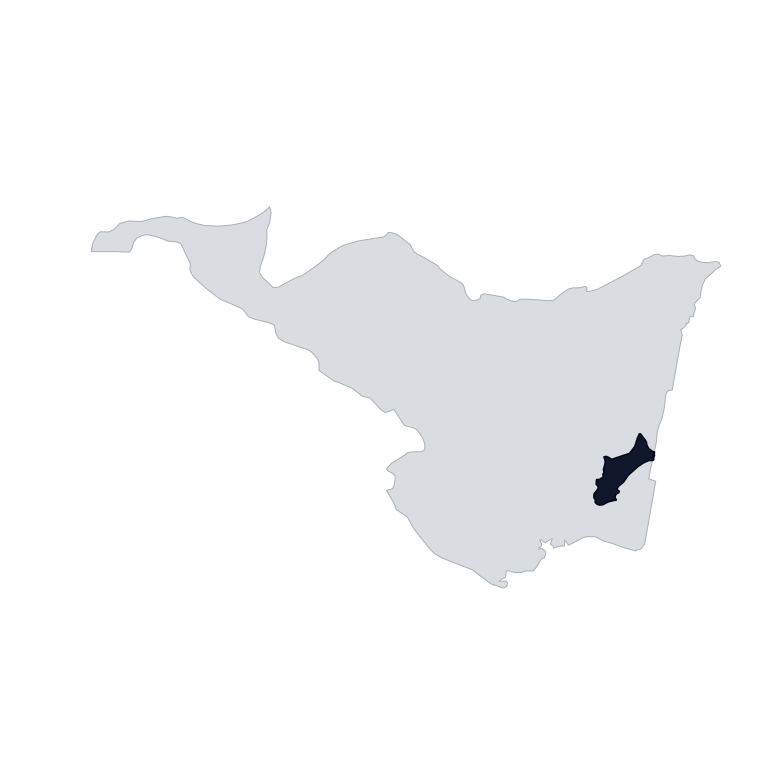 location of Mvila, Sud, Cameroon, rotated 280°
{"feature_id": "32672807B58704883317804", "entity_name": "Mvila", "entity_type": "district", "adm_level": 2, "iso_a3": "CMR", "parent_name": "Cameroon", "parent_adm1": "Sud", "projection": "natural_earth1", "projection_center": [11.499, 2.757], "detail": "fine", "context": "in_parent", "style": "filled", "palette": "ink", "viewbox_px": 768, "rotation_deg": 280, "n_neighbors": 0, "source": "geoboundaries", "source_scale": "gbopen_adm2", "svg_char_len": 5217}
<svg xmlns="http://www.w3.org/2000/svg" viewBox="0 0 768 768"><g transform="rotate(280 384 384)"><path d="M204.8,527.3L206.2,523.1L216.3,503.2L222.7,471.3L225.6,463.9L228.6,458.9L243.4,441.9L248.9,436.5L256.9,430.3L262.5,417.9L264.4,416.6L267.0,415.5L279.7,405.0L280.8,407.0L281.6,409.5L282.6,410.7L286.7,411.5L292.3,411.5L295.6,410.7L297.3,408.6L299.1,402.7L300.1,401.6L301.4,401.3L307.6,405.4L317.8,417.0L320.4,419.0L321.5,421.3L323.7,431.8L325.0,434.4L327.2,435.5L331.1,434.8L335.2,432.9L338.9,430.2L342.4,426.8L344.9,423.6L345.9,421.3L346.4,412.7L347.3,410.8L360.5,398.4L360.2,397.2L358.0,393.8L356.1,389.9L358.0,385.9L360.1,382.9L367.8,372.6L368.2,365.0L374.3,353.3L377.9,337.8L378.0,334.8L386.0,317.7L394.4,316.1L397.6,313.7L401.3,309.5L403.7,305.5L404.9,301.8L405.7,294.5L407.2,286.2L408.1,279.0L410.6,272.3L414.9,268.9L422.2,266.1L423.3,264.8L424.3,260.3L425.4,245.5L426.6,239.0L433.4,231.6L436.3,220.0L439.0,207.9L446.7,193.2L455.7,178.6L459.8,174.7L463.4,172.9L467.4,172.7L470.2,171.6L479.9,164.4L483.9,161.9L486.9,159.4L487.6,157.2L487.9,154.0L487.0,146.5L488.6,140.9L489.6,132.4L490.0,125.7L489.6,123.4L487.8,119.5L484.9,115.3L480.0,112.8L473.3,112.1L469.8,110.7L468.5,103.0L468.0,98.1L463.5,72.7L471.9,72.7L482.1,75.8L484.6,78.1L486.0,86.8L489.7,91.7L496.2,95.8L500.2,104.2L501.8,116.9L505.4,124.5L506.2,125.7L511.3,140.1L511.6,146.7L511.2,151.2L513.3,156.7L510.2,166.1L509.3,171.9L509.0,180.1L510.9,194.4L513.9,205.5L517.2,214.5L520.7,221.4L526.5,229.1L532.8,236.1L538.5,240.5L533.2,243.1L522.8,243.4L516.9,241.9L514.0,241.9L511.2,242.8L500.1,244.1L488.9,243.5L478.6,241.8L472.3,242.0L467.4,246.3L463.5,252.7L459.8,257.8L461.1,263.4L463.9,266.5L469.3,273.4L474.1,280.0L476.5,284.4L486.1,294.2L495.4,302.9L499.8,305.9L501.4,306.6L506.5,311.6L513.5,319.7L519.9,332.6L528.9,358.3L530.9,360.4L534.0,361.8L534.3,364.5L534.1,368.5L533.2,371.8L526.0,385.2L519.7,390.4L517.9,393.5L515.6,401.3L509.8,416.6L507.4,418.7L501.7,429.0L497.2,442.1L496.0,444.1L494.1,445.7L487.5,448.9L485.3,450.5L481.9,454.6L481.5,457.3L483.0,461.0L484.9,463.9L488.4,464.0L490.3,466.7L490.3,486.9L488.7,490.0L488.8,491.3L488.0,494.8L487.8,498.7L488.3,500.2L489.6,501.5L491.4,504.2L492.4,510.4L494.7,532.2L495.7,535.7L497.6,538.1L503.4,542.8L509.5,549.0L511.4,553.0L512.6,559.6L514.9,564.8L514.8,566.5L513.9,567.2L510.1,567.6L511.4,571.4L514.5,578.0L530.1,598.2L545.0,616.2L548.5,617.5L551.2,617.9L552.3,619.0L553.7,621.5L558.6,628.1L559.5,631.9L558.4,635.5L559.6,641.1L560.5,643.1L560.2,645.0L560.7,651.8L562.1,657.8L564.3,662.9L564.0,666.5L561.1,668.5L559.5,671.8L559.0,676.5L559.8,682.1L562.1,688.8L562.1,692.7L558.5,695.3L554.5,690.8L550.1,687.7L543.5,682.3L536.8,680.4L528.2,680.0L524.5,680.7L518.1,676.3L516.1,675.7L513.2,677.5L511.3,677.6L508.8,676.9L503.9,677.0L503.5,673.9L502.6,673.3L497.4,673.6L495.7,671.0L495.0,671.3L492.9,670.5L488.7,666.8L484.2,669.2L474.9,668.9L428.1,668.9L426.9,665.4L424.6,663.7L420.4,663.5L408.0,664.2L398.5,663.7L392.0,662.3L384.1,661.5L374.3,662.2L364.2,662.1L346.3,661.2L336.3,661.3L336.6,663.4L335.9,664.9L335.4,668.5L271.8,668.5L266.6,666.0L265.1,664.4L264.6,661.4L263.4,661.1L264.4,648.2L266.5,637.6L267.4,627.7L270.3,618.8L268.8,610.0L266.9,606.2L257.3,593.8L261.7,589.1L255.9,589.7L254.7,585.1L251.9,579.6L253.6,578.7L255.3,575.6L260.5,576.6L260.3,575.1L255.8,570.4L256.3,568.1L258.1,565.5L257.2,564.4L254.0,567.1L251.6,567.0L249.8,565.2L248.5,564.9L249.3,568.5L247.4,571.7L245.7,572.8L242.7,572.6L240.3,571.8L239.7,570.0L237.4,568.7L231.0,566.3L225.7,563.5L224.6,556.0L222.5,552.7L221.6,549.0L221.1,544.8L221.8,538.3L220.5,537.3L218.9,536.9L216.6,537.2L214.5,536.9L211.9,533.3L209.7,531.9L211.1,538.5L209.5,540.4L205.6,539.8L204.0,537.3L203.7,535.5L205.5,527.5L204.8,527.3Z" fill="#d9dde1" stroke="#a8b0b8" stroke-width="1"/><path d="M325.8,609.9L322.1,610.3L320.2,612.7L318.2,612.9L315.6,611.7L313.4,610.5L312.6,610.0L310.2,610.0L307.9,610.8L307.4,611.5L307.1,611.9L305.9,612.2L303.9,612.6L303.3,613.6L302.6,614.6L302.1,617.1L303.1,620.6L305.4,623.4L307.1,625.9L309.0,630.3L310.0,632.9L310.8,632.7L311.5,631.6L313.3,631.2L315.8,631.7L317.6,634.1L319.3,634.4L320.3,632.3L321.6,631.8L324.1,632.9L329.0,637.0L336.5,640.4L346.4,648.2L351.3,653.2L354.4,657.7L355.2,661.3L355.8,662.6L356.4,662.6L356.8,662.8L356.9,662.5L357.0,662.5L357.2,662.3L357.3,662.3L357.6,662.4L358.2,662.4L358.6,662.5L358.6,662.2L358.8,662.1L359.0,662.1L359.2,662.3L359.5,662.5L359.8,662.3L360.1,662.3L360.2,662.7L360.3,662.7L360.6,662.8L360.8,662.2L361.3,662.2L361.7,662.4L362.1,662.1L362.5,662.3L362.8,662.4L363.1,662.3L363.2,661.9L363.4,661.9L363.8,662.3L364.0,662.2L364.0,661.4L364.6,659.5L366.4,655.9L369.7,653.4L372.1,652.8L374.1,651.1L375.1,650.2L378.0,646.9L378.3,646.6L379.4,645.4L379.5,644.8L379.2,644.0L377.1,643.6L375.8,643.1L366.1,641.8L358.4,637.9L357.0,635.3L351.6,625.3L349.4,621.5L350.0,619.8L350.8,618.1L350.9,617.3L351.3,615.7L351.2,614.8L350.3,613.3L349.3,613.8L349.1,613.9L347.3,614.9L345.4,615.3L345.2,615.4L343.4,615.4L340.9,615.2L340.2,615.1L338.5,614.9L338.2,615.0L337.1,615.1L335.4,616.0L333.8,615.4L333.5,615.3L332.6,615.3L331.0,615.8L330.8,615.9L329.9,615.8L328.8,614.0L327.2,612.6L327.2,611.1L326.9,610.1L326.0,609.9L325.8,609.9Z" fill="#0f172a" stroke="#020617" stroke-width="1.5"/></g></svg>